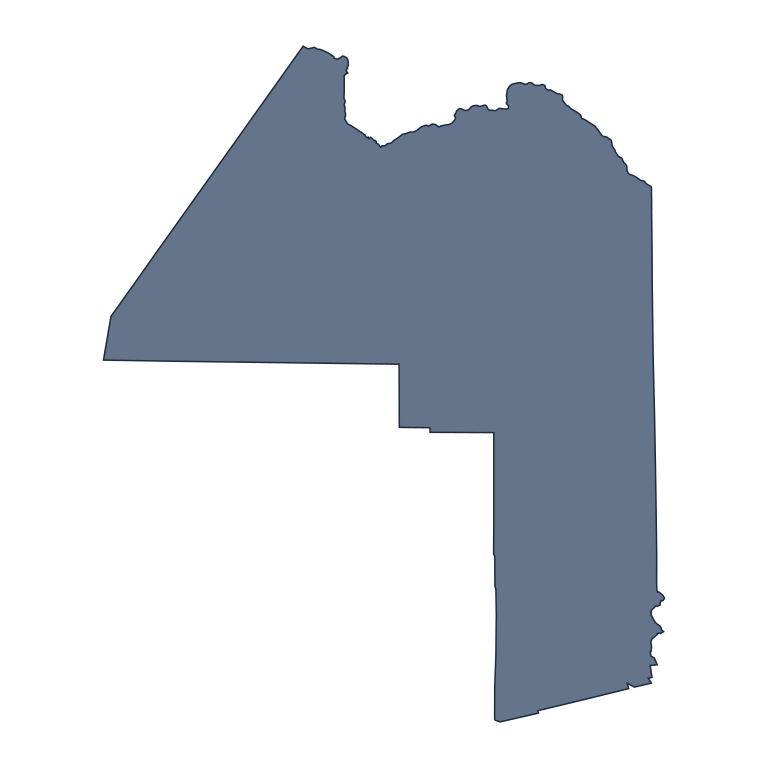 Aroostook, Maine, United States of America
{"feature_id": "52423323B61306663314312", "entity_name": "Aroostook", "entity_type": "district", "adm_level": 2, "iso_a3": "USA", "parent_name": "United States of America", "parent_adm1": "Maine", "projection": "orthographic", "projection_center": [-68.421, 46.517], "detail": "fine", "context": "isolated", "style": "filled", "palette": "slate", "viewbox_px": 768, "rotation_deg": 0, "n_neighbors": 0, "source": "geoboundaries", "source_scale": "gbopen_adm2", "svg_char_len": 4780}
<svg xmlns="http://www.w3.org/2000/svg" viewBox="0 0 768 768"><path d="M651.4,683.1L648.3,678.3L652.0,677.4L650.2,665.5L657.2,664.8L654.3,657.9L651.0,656.2L650.3,651.9L651.2,651.1L651.6,646.8L650.8,642.1L652.0,639.0L657.3,634.4L657.3,633.9L657.4,633.7L658.0,633.3L659.2,633.2L660.7,633.5L661.0,633.4L661.4,632.9L663.6,631.7L661.6,629.9L661.4,629.4L661.1,628.0L660.0,626.1L659.3,625.4L657.8,624.5L656.5,623.6L654.9,621.7L653.2,618.8L651.3,615.4L651.1,613.7L651.3,610.6L651.4,610.3L655.8,606.0L656.3,606.1L657.4,606.2L660.0,605.1L660.2,604.9L660.0,603.7L660.9,600.9L661.2,600.6L662.2,600.8L663.2,600.2L664.1,599.0L664.5,597.9L662.7,595.1L658.7,591.9L658.3,591.9L657.8,592.2L657.7,592.2L657.1,590.8L656.8,589.0L656.6,581.5L656.7,567.0L656.7,554.9L656.0,502.0L655.5,468.7L654.5,412.1L654.2,401.7L653.1,354.0L653.1,353.4L652.4,297.4L652.4,294.8L652.2,284.3L652.1,256.6L652.1,253.5L651.6,210.9L651.7,209.6L651.6,205.4L651.7,201.7L651.5,196.4L651.5,188.5L651.4,187.4L651.2,186.6L650.2,185.9L647.8,184.7L646.3,183.7L644.9,181.9L643.8,181.1L643.2,180.8L641.0,180.4L639.9,179.9L636.9,177.6L633.1,175.5L631.7,175.0L629.8,174.4L629.0,173.9L628.4,173.2L627.9,172.7L627.2,171.1L627.0,170.5L627.0,168.6L626.8,166.5L626.3,165.1L626.0,164.6L624.1,162.8L623.5,161.9L621.8,158.1L619.5,157.0L618.1,156.0L617.8,155.5L615.6,152.2L614.8,149.8L613.8,148.2L613.4,147.8L612.2,145.9L612.0,144.9L611.8,142.3L611.5,141.0L610.7,139.8L608.8,138.6L607.4,137.4L606.8,137.1L603.3,136.3L602.3,135.7L601.9,135.4L600.3,133.3L598.3,130.2L595.9,127.4L595.0,126.1L591.6,124.1L590.7,123.4L584.8,119.6L581.8,118.4L581.3,117.6L581.0,115.9L580.3,114.8L579.6,114.1L577.3,112.4L570.7,108.6L570.3,108.3L569.3,106.9L568.6,106.1L566.5,105.5L564.4,102.6L562.7,100.5L562.5,99.9L562.4,99.1L562.7,96.4L562.4,95.4L562.0,95.0L560.5,94.2L557.0,93.6L550.6,90.0L550.1,89.9L548.4,90.1L547.6,89.9L546.9,89.5L545.6,88.2L545.3,87.4L545.3,86.3L545.2,86.0L544.4,85.2L542.7,84.5L541.4,84.7L539.5,85.4L535.3,85.4L534.2,84.9L533.6,84.5L532.2,83.2L530.7,82.6L529.5,82.6L528.7,82.9L526.7,84.1L526.0,84.3L524.5,84.1L521.3,82.8L519.6,82.6L518.1,82.8L513.5,83.8L512.0,84.3L511.0,84.9L509.9,85.9L508.8,87.2L507.8,88.8L507.4,89.8L506.5,94.6L506.4,96.2L507.2,100.9L507.1,101.4L506.4,102.4L506.3,103.1L506.5,103.7L507.8,105.1L508.3,105.8L508.4,106.2L508.6,107.0L508.5,107.7L508.3,108.3L507.8,108.6L506.8,109.0L505.1,109.0L499.5,108.3L498.8,108.6L496.5,110.2L495.7,110.6L494.8,110.7L492.2,110.1L490.8,110.4L488.5,109.7L488.1,109.2L487.6,108.1L487.1,107.0L486.6,106.0L485.6,105.3L484.5,105.1L483.5,105.3L481.6,106.1L480.6,106.3L479.2,106.2L477.4,105.5L476.6,105.4L474.0,105.6L472.7,106.0L471.3,106.8L468.8,109.5L467.1,110.3L465.8,110.5L465.3,110.5L463.7,110.0L461.1,108.8L459.3,108.6L458.3,109.3L456.9,110.7L456.4,111.3L455.9,113.2L454.9,114.3L454.4,114.9L454.4,115.6L455.3,117.3L455.5,118.0L455.5,118.7L455.2,119.3L452.9,122.2L452.2,122.9L449.3,124.4L448.0,124.7L444.6,125.1L442.4,125.7L441.0,125.8L439.9,126.6L439.0,126.9L438.5,126.7L435.7,124.6L432.8,124.0L432.1,124.1L431.4,124.4L428.5,126.2L427.7,126.0L427.1,125.4L426.5,125.2L425.5,125.2L421.2,127.0L418.8,128.7L417.1,130.3L414.1,131.8L412.8,132.1L410.2,132.0L404.6,134.0L402.5,134.2L397.9,137.9L393.6,140.6L392.4,142.0L391.4,142.9L390.1,143.4L388.1,143.5L387.3,143.8L386.5,144.4L385.4,145.6L383.5,146.0L382.7,145.7L382.1,145.7L381.4,146.3L380.8,147.3L380.5,147.2L379.8,146.4L378.7,144.5L377.0,143.4L376.3,143.2L376.2,141.4L375.1,140.4L374.7,140.3L374.3,140.7L373.9,140.5L372.5,138.8L370.8,137.3L369.2,138.5L368.9,138.7L368.6,138.5L368.4,137.4L368.2,137.1L366.9,137.6L366.3,137.5L365.0,135.0L363.6,134.4L362.9,133.5L361.5,132.4L358.7,130.7L355.9,128.7L351.1,125.7L349.6,124.9L348.8,124.7L347.2,123.2L344.8,119.1L344.7,118.8L344.8,118.0L345.0,117.1L345.3,116.8L345.6,115.4L345.4,112.8L345.0,111.9L344.8,110.5L345.1,109.1L344.9,106.6L344.8,106.2L344.4,106.1L344.3,105.6L344.3,104.2L344.6,103.7L345.2,101.3L343.9,97.9L344.2,93.7L344.2,75.7L346.1,73.6L346.7,73.7L347.8,73.2L347.7,72.7L346.9,72.2L346.6,71.7L346.3,70.7L346.9,68.8L347.2,68.8L347.5,68.5L347.2,68.1L347.1,67.4L347.9,66.4L348.4,65.0L347.9,59.9L347.1,58.3L346.8,57.9L344.0,56.3L342.6,56.0L341.3,57.0L337.9,59.1L337.4,59.2L334.0,58.1L333.9,56.9L333.6,56.5L331.3,54.9L327.8,52.7L322.1,50.1L319.7,49.3L317.7,49.3L314.3,47.3L313.5,47.6L308.2,48.8L304.3,47.0L303.2,46.1L250.3,120.5L218.8,164.8L155.8,253.2L141.7,273.3L124.5,297.4L122.7,300.0L111.6,315.5L110.9,316.7L104.6,353.4L103.5,360.1L177.8,361.3L399.1,364.2L399.3,427.4L430.0,427.7L430.0,432.3L493.8,432.6L493.8,524.7L493.6,553.9L494.8,556.6L494.9,586.3L495.9,589.1L496.3,615.5L496.2,621.7L495.9,655.2L494.7,688.1L494.6,719.1L495.1,720.2L500.1,721.9L538.5,713.1L537.8,710.7L590.9,697.9L628.6,688.6L627.2,683.3L634.4,687.1L651.4,683.1Z" fill="#64748b" stroke="#1e293b" stroke-width="1.5"/></svg>